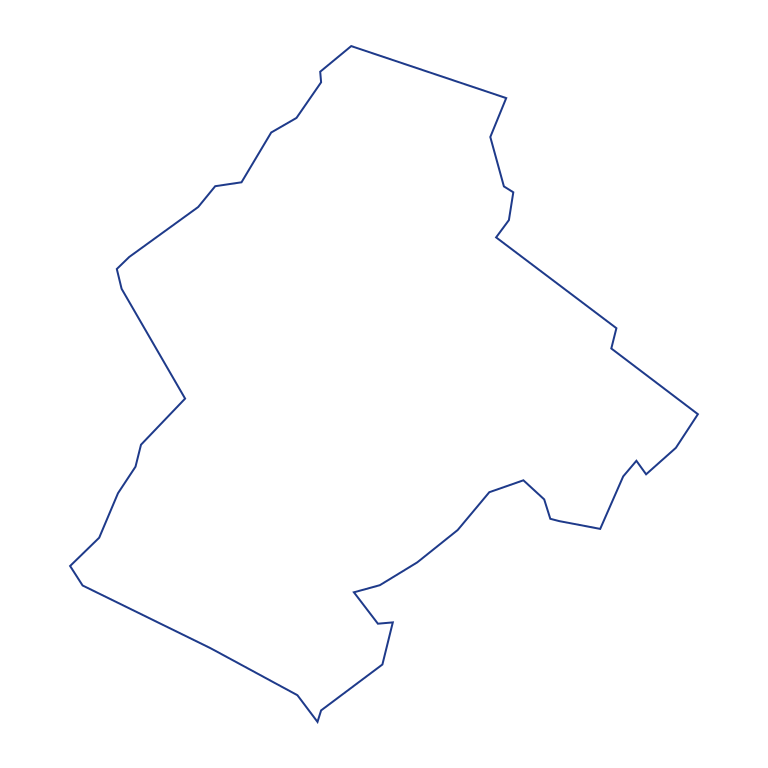 Botetourt, Virginia, United States of America
{"feature_id": "52423323B68176065180378", "entity_name": "Botetourt", "entity_type": "district", "adm_level": 2, "iso_a3": "USA", "parent_name": "United States of America", "parent_adm1": "Virginia", "projection": "albers", "projection_center": [-79.803, 37.555], "detail": "fine", "context": "isolated", "style": "outline", "palette": "blue", "viewbox_px": 768, "rotation_deg": 0, "n_neighbors": 0, "source": "geoboundaries", "source_scale": "gbopen_adm2", "svg_char_len": 731}
<svg xmlns="http://www.w3.org/2000/svg" viewBox="0 0 768 768"><path d="M70.1,566.0L82.6,585.5L210.3,648.1L228.1,657.7L273.9,682.5L297.4,695.2L317.5,721.9L321.1,710.4L382.4,664.5L392.8,622.4L377.9,623.7L353.9,592.3L379.8,585.2L417.2,562.4L457.7,530.0L489.3,492.2L523.4,480.3L544.2,499.4L550.3,518.8L559.2,521.1L600.2,528.9L623.2,476.4L636.4,460.8L646.1,474.3L675.9,447.8L697.9,414.2L611.3,348.5L616.4,328.2L496.1,237.4L508.9,220.1L513.3,192.3L503.9,186.4L490.3,137.0L506.2,98.1L351.2,46.1L320.2,71.7L321.1,82.3L296.5,117.9L271.2,132.5L241.5,182.3L215.2,186.2L198.2,207.0L129.3,256.9L116.8,269.0L121.6,288.8L185.1,398.6L141.0,444.7L135.5,466.7L118.0,493.2L99.2,537.7L70.1,566.0Z" fill="none" stroke="#1e3a8a" stroke-width="2"/></svg>